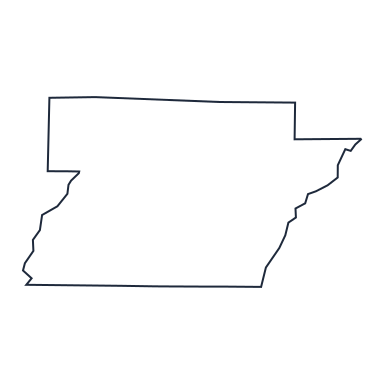 the district of Greene, Arkansas, United States of America
{"feature_id": "52423323B73536950246469", "entity_name": "Greene", "entity_type": "district", "adm_level": 2, "iso_a3": "USA", "parent_name": "United States of America", "parent_adm1": "Arkansas", "projection": "natural_earth1", "projection_center": [-90.537, 36.116], "detail": "fine", "context": "isolated", "style": "outline", "palette": "slate", "viewbox_px": 384, "rotation_deg": 0, "n_neighbors": 0, "source": "geoboundaries", "source_scale": "gbopen_adm2", "svg_char_len": 645}
<svg xmlns="http://www.w3.org/2000/svg" viewBox="0 0 384 384"><path d="M49.4,97.8L47.7,171.2L68.5,171.3L79.2,171.5L78.8,173.2L71.1,180.6L68.5,184.8L67.4,193.8L57.4,206.3L42.1,215.0L39.9,230.1L32.9,239.9L33.4,250.9L24.9,263.2L23.0,270.5L31.6,278.3L26.3,284.8L120.4,285.8L152.1,286.3L161.0,286.4L206.2,286.6L224.3,286.6L261.1,286.9L265.9,267.5L279.3,248.0L285.3,235.3L288.4,222.6L295.9,217.5L295.5,208.5L305.2,203.3L308.0,194.1L315.9,191.3L327.6,185.3L337.7,177.5L337.8,165.2L345.3,149.2L350.7,150.9L355.3,144.5L361.0,139.4L360.6,138.8L294.6,139.3L295.1,102.6L219.7,102.0L95.2,97.1L49.4,97.8Z" fill="none" stroke="#1e293b" stroke-width="2"/></svg>